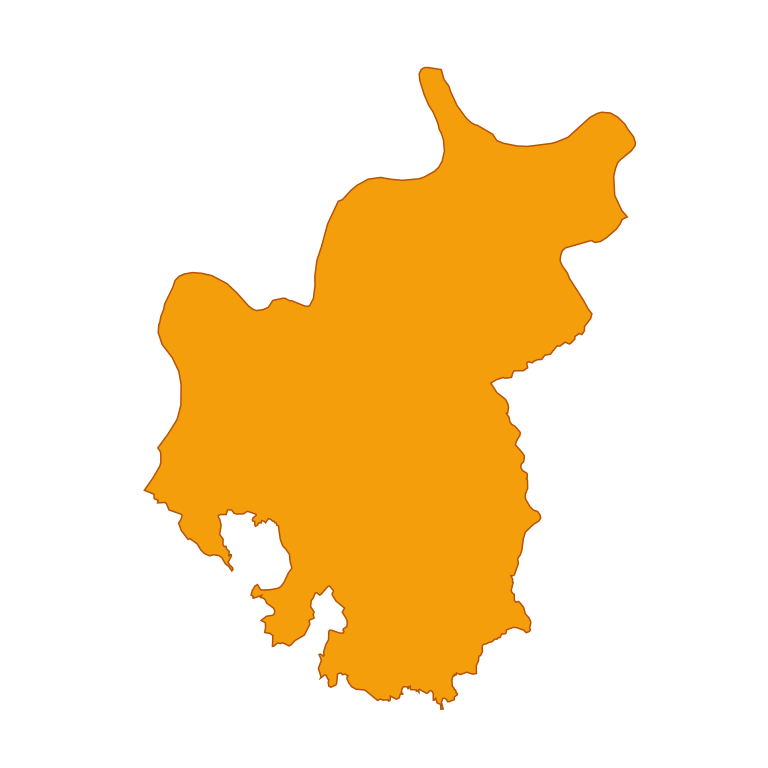 Narayanganj, Dhaka, Bangladesh, rotated 185°
{"feature_id": "16705992B28796010313895", "entity_name": "Narayanganj", "entity_type": "district", "adm_level": 2, "iso_a3": "BGD", "parent_name": "Bangladesh", "parent_adm1": "Dhaka", "projection": "natural_earth1", "projection_center": [90.594, 23.715], "detail": "fine", "context": "isolated", "style": "filled", "palette": "amber", "viewbox_px": 768, "rotation_deg": 185, "n_neighbors": 0, "source": "geoboundaries", "source_scale": "gbopen_adm2", "svg_char_len": 6087}
<svg xmlns="http://www.w3.org/2000/svg" viewBox="0 0 768 768"><g transform="rotate(185 384 384)"><path d="M603.8,300.6L601.2,297.5L600.3,295.2L599.5,286.4L600.1,282.9L605.8,270.6L613.5,257.2L603.6,254.2L602.9,249.7L598.9,248.5L599.3,245.8L591.6,246.9L590.3,245.7L587.2,239.8L574.4,236.5L573.6,235.1L574.7,230.9L576.5,227.4L573.1,220.3L565.6,212.1L564.0,213.1L556.2,208.5L552.1,202.8L548.2,199.5L542.8,197.6L538.8,199.1L533.3,198.6L530.4,196.8L526.3,191.0L523.0,188.9L519.3,184.5L518.3,186.1L519.0,188.0L521.8,190.1L523.8,192.7L521.1,199.0L521.2,200.6L522.2,200.8L523.1,199.3L523.8,199.5L523.6,203.7L526.1,205.6L527.3,208.5L528.9,208.2L530.5,210.0L530.7,215.4L534.6,219.8L533.9,228.9L535.8,234.9L537.6,237.2L537.5,238.7L535.3,239.7L529.8,240.2L529.0,244.5L528.3,245.2L524.6,245.0L522.3,242.3L519.9,241.6L512.9,242.3L508.9,245.3L500.1,243.1L499.9,242.0L502.8,239.2L503.3,237.1L502.9,236.1L500.8,235.8L500.3,232.1L499.6,231.1L497.8,232.3L496.7,234.8L494.2,234.9L494.1,237.3L491.1,236.7L490.0,235.4L487.4,239.8L485.2,239.4L483.0,237.7L481.5,237.7L480.6,236.3L479.1,236.1L478.5,234.0L476.8,233.5L473.8,220.2L470.9,214.0L467.6,211.1L463.4,206.1L461.9,198.3L459.7,192.5L462.8,187.5L466.1,178.3L468.5,174.0L470.3,172.3L472.6,171.0L479.7,169.1L487.6,168.1L489.2,168.5L492.6,173.2L494.9,171.5L497.3,166.6L498.1,162.1L495.7,161.2L496.1,159.6L495.4,159.2L487.3,162.9L488.5,160.6L485.2,160.0L483.3,158.3L481.8,155.5L474.4,151.0L473.0,148.2L473.5,145.0L474.9,143.9L481.0,142.3L485.8,137.8L481.4,135.8L480.8,131.5L481.2,126.0L476.2,125.7L472.8,123.8L472.3,112.9L471.0,113.2L467.4,116.8L464.5,116.4L462.2,117.4L455.8,114.8L453.5,116.5L450.2,120.7L441.5,126.9L436.9,138.2L438.1,142.0L433.2,144.8L434.4,148.0L433.7,150.7L437.7,155.8L437.6,161.8L435.8,164.7L434.3,169.8L433.1,170.3L429.6,168.1L428.2,169.2L422.5,177.2L420.8,178.1L416.6,174.0L416.2,173.0L417.4,170.9L417.2,169.4L412.9,163.6L403.8,157.3L405.7,153.0L401.0,146.9L400.0,144.3L399.7,141.1L400.1,138.9L403.3,136.4L403.3,134.8L402.3,134.0L402.9,132.4L406.1,132.0L415.1,134.2L416.5,134.0L417.4,132.8L417.0,124.5L419.3,119.0L420.8,111.8L420.0,108.3L420.8,107.6L423.4,109.4L425.1,108.9L422.3,103.3L424.6,95.0L421.3,87.0L421.7,85.4L417.8,89.0L416.3,88.8L414.4,85.3L413.2,84.8L413.6,81.9L412.7,78.3L410.5,77.3L405.7,80.0L405.1,81.7L405.0,91.1L402.2,92.3L401.2,92.1L400.1,90.7L397.9,91.7L394.4,90.2L395.4,88.4L395.1,86.8L392.9,83.1L389.8,79.6L385.4,77.5L376.4,77.5L362.8,68.2L360.2,69.8L357.2,69.0L352.4,69.8L352.0,68.6L351.0,68.8L350.2,69.9L350.5,73.7L344.3,71.1L343.0,71.6L341.4,72.8L340.8,76.5L338.4,76.6L338.4,77.4L339.8,78.1L339.5,81.8L338.3,84.2L334.0,84.2L333.6,82.6L332.9,82.8L332.9,84.5L331.5,85.3L330.9,81.9L325.1,82.1L325.0,80.8L323.7,81.2L322.3,79.9L322.8,82.5L322.2,83.0L314.7,79.5L313.3,80.1L311.6,82.4L310.6,82.6L309.4,82.0L308.0,80.1L307.4,73.4L306.5,73.3L305.1,75.5L303.4,71.0L299.6,69.7L299.0,64.9L296.7,65.5L299.0,71.7L298.1,75.9L295.9,76.2L294.1,75.0L292.9,73.0L291.5,73.2L286.4,75.7L286.7,78.4L283.9,80.7L283.9,81.9L285.2,82.8L286.0,85.4L287.3,85.8L287.6,87.0L289.6,88.9L290.5,94.7L289.9,99.2L288.6,99.3L288.6,100.9L287.5,100.2L286.6,100.7L286.6,102.4L282.5,101.2L276.4,104.1L270.6,102.7L266.7,103.6L267.5,111.5L265.7,116.8L265.8,121.1L264.1,121.9L262.6,126.0L263.4,131.3L262.3,133.4L259.4,134.0L257.0,135.7L253.8,136.8L251.0,139.8L249.3,139.6L248.3,141.2L246.3,141.4L245.1,145.1L241.5,145.7L240.7,146.5L240.7,149.6L234.2,152.8L231.0,152.9L223.4,151.0L220.7,148.6L217.5,150.2L216.7,152.0L217.7,153.9L216.9,158.8L217.4,160.5L219.4,163.9L223.1,167.3L225.5,173.7L230.2,178.6L231.4,179.0L233.7,178.1L235.3,179.7L235.8,185.7L238.1,187.1L239.3,189.3L238.0,197.7L238.8,198.6L238.8,200.7L241.0,204.2L239.0,204.2L237.5,205.2L234.8,215.6L234.5,217.1L235.7,221.4L233.3,225.8L232.2,230.2L231.7,242.1L230.3,248.7L223.0,257.1L217.8,261.0L216.2,264.1L217.2,267.3L219.9,270.4L224.4,271.5L227.9,274.6L233.1,282.0L233.6,286.5L231.8,292.5L232.7,300.8L233.9,302.0L233.2,302.4L233.3,306.2L233.9,307.6L238.6,309.9L240.3,312.6L240.6,314.3L240.2,316.1L238.0,319.0L237.9,324.5L240.3,327.7L247.8,334.9L246.9,338.9L244.1,344.9L244.1,347.8L249.8,353.3L253.2,354.9L255.3,357.2L256.4,361.6L259.6,365.4L258.3,365.6L257.9,371.5L258.9,375.0L261.6,379.3L270.7,385.2L277.7,394.2L272.2,398.2L265.8,400.9L264.8,400.4L261.5,400.7L257.5,401.8L256.7,406.4L255.7,408.4L246.4,409.4L242.3,412.7L243.7,417.2L242.3,418.7L237.9,418.1L237.3,419.3L233.3,421.6L229.1,422.2L226.3,426.7L220.8,428.2L214.9,437.1L212.1,437.0L207.2,441.4L202.9,440.0L201.4,441.0L197.7,445.6L198.0,447.9L193.9,451.3L191.1,450.5L189.0,454.5L189.2,458.8L183.9,467.1L183.0,472.0L187.0,476.3L192.6,484.8L208.2,505.0L211.2,510.8L216.9,517.5L219.3,522.0L219.2,527.5L218.0,532.3L215.1,535.4L190.1,545.0L186.1,543.4L180.6,544.9L174.8,549.4L165.9,558.7L162.6,564.2L161.1,568.7L156.2,571.7L162.4,577.7L170.6,592.1L173.3,611.1L172.0,619.6L170.3,625.1L168.2,627.9L158.0,637.8L154.7,643.1L154.5,646.1L157.0,652.1L163.6,659.4L166.6,663.8L174.3,670.1L182.0,673.7L190.8,673.7L195.1,672.1L202.1,667.5L222.1,645.9L233.5,640.0L238.0,638.3L261.6,633.2L272.2,632.7L285.8,634.2L292.8,636.3L297.5,642.3L313.9,650.0L315.7,650.0L320.2,652.1L325.5,656.2L335.6,667.9L343.2,681.2L345.4,686.5L350.7,692.5L354.4,702.2L367.5,703.1L371.1,702.8L372.8,701.8L374.5,700.2L376.0,696.0L374.6,688.9L369.1,675.6L363.9,665.9L358.8,659.2L354.8,651.9L352.4,646.7L351.4,642.9L348.9,639.0L346.0,632.3L344.1,621.3L345.5,611.1L348.3,604.8L352.2,600.3L361.8,593.8L366.9,591.5L383.4,588.5L395.8,588.6L405.4,589.5L417.6,586.7L428.3,579.5L433.7,574.2L441.5,564.0L445.5,562.1L454.1,538.6L458.2,515.7L461.6,501.5L462.3,485.8L461.3,475.7L461.8,463.1L464.9,455.5L466.8,454.7L470.1,454.9L483.0,458.8L485.8,458.9L489.9,460.7L491.9,460.7L502.0,457.6L505.9,450.3L511.4,447.4L517.7,446.0L521.2,447.1L525.6,449.8L538.3,461.7L549.0,470.2L564.7,476.9L575.1,478.4L584.7,478.3L592.5,476.2L597.4,473.5L601.2,468.9L603.0,461.3L609.5,444.6L609.9,439.4L612.2,431.6L612.8,425.2L613.5,424.0L613.4,415.6L608.5,404.1L597.3,391.9L589.5,378.7L586.1,366.0L584.5,345.6L586.7,332.1L587.8,329.1L594.8,315.3L603.8,300.6Z" fill="#f59e0b" stroke="#b45309" stroke-width="1.5"/></g></svg>